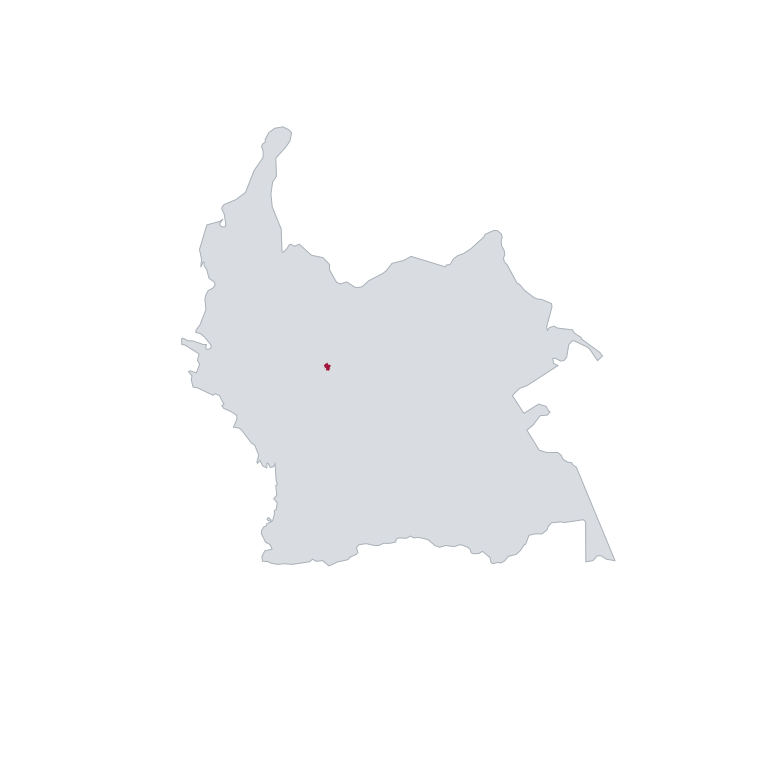 Muzo, Boyacá, Colombia shown in context, rotated 327°
{"feature_id": "7082276B18925314356411", "entity_name": "Muzo", "entity_type": "district", "adm_level": 2, "iso_a3": "COL", "parent_name": "Colombia", "parent_adm1": "Boyacá", "projection": "mercator", "projection_center": [-74.135, 5.519], "detail": "fine", "context": "in_parent", "style": "filled", "palette": "rose", "viewbox_px": 768, "rotation_deg": 327, "n_neighbors": 0, "source": "geoboundaries", "source_scale": "gbopen_adm2", "svg_char_len": 5202}
<svg xmlns="http://www.w3.org/2000/svg" viewBox="0 0 768 768"><g transform="rotate(327 384 384)"><path d="M437.3,129.1L430.2,132.0L416.4,135.6L406.9,151.2L400.5,154.0L392.5,163.3L386.7,174.7L382.2,198.0L370.4,217.7L371.4,218.6L376.1,217.7L380.5,215.6L382.1,216.2L383.7,219.7L389.0,220.5L393.3,236.5L401.5,244.6L402.3,247.7L403.4,254.3L400.5,258.3L399.6,272.9L402.2,276.5L408.3,278.0L412.3,287.0L414.9,289.1L418.6,290.5L427.5,289.1L443.5,290.6L447.3,290.3L456.3,287.2L467.8,291.1L476.2,291.7L499.1,319.0L501.4,318.2L504.3,319.8L510.2,317.0L515.2,316.5L521.7,317.9L530.4,317.9L547.8,315.1L550.4,313.5L559.9,315.1L562.7,317.1L564.1,322.2L563.0,325.3L559.7,328.5L557.8,332.6L557.5,337.5L555.8,341.2L552.7,343.6L551.5,347.0L552.2,351.5L550.5,372.0L551.8,373.7L552.9,382.2L556.8,393.1L558.8,396.2L562.2,398.8L568.3,407.8L566.9,410.8L551.2,424.9L550.4,428.1L553.4,426.8L558.2,428.1L559.9,431.5L571.6,441.3L571.4,445.1L574.7,452.4L574.2,454.1L582.2,475.1L582.5,479.5L575.8,480.7L575.5,466.7L574.6,463.8L567.0,451.3L565.4,450.3L560.3,451.7L551.8,461.0L547.9,462.3L544.7,461.0L541.5,455.5L539.4,454.5L537.4,459.2L540.0,463.3L502.7,463.2L495.4,461.5L485.4,463.6L485.3,484.8L502.9,485.1L507.8,491.2L507.3,496.2L508.1,497.9L503.9,499.0L497.7,495.6L486.7,499.6L478.7,500.6L478.1,524.0L482.9,529.8L492.4,536.1L493.8,540.4L493.1,544.4L495.3,549.4L498.4,552.1L498.4,555.1L500.0,558.5L481.5,658.0L474.9,651.9L472.6,646.4L469.3,644.2L463.1,645.9L456.4,643.1L478.0,609.4L477.3,606.4L459.2,598.1L457.4,596.0L448.8,591.6L444.0,592.9L441.3,595.1L434.8,595.8L429.5,592.2L423.2,589.8L415.6,595.5L413.3,595.4L407.9,597.9L402.1,598.9L394.6,596.3L388.6,598.1L384.3,597.7L382.7,595.9L377.3,593.9L376.7,591.6L378.3,587.5L376.0,579.3L375.1,577.9L371.0,577.8L366.2,574.8L365.2,573.0L366.2,569.7L365.4,566.8L360.7,560.3L354.2,558.6L347.9,553.1L341.7,551.2L338.8,547.3L336.1,538.4L329.6,531.6L325.0,529.2L323.5,526.0L318.8,525.6L312.5,521.1L309.7,520.8L307.7,522.9L301.9,520.7L296.9,517.4L291.7,516.6L288.3,514.5L282.1,508.2L275.5,505.1L271.7,506.2L270.4,510.9L268.2,511.8L260.5,510.6L259.3,511.6L257.3,511.4L248.0,507.9L238.7,506.6L236.4,498.7L230.5,495.8L228.7,492.1L224.6,492.5L208.8,485.3L202.3,480.3L196.7,477.5L190.9,471.9L190.0,469.7L185.5,466.4L187.7,462.2L193.1,459.0L200.2,461.5L201.0,456.6L198.5,452.3L199.7,442.4L201.5,440.2L205.4,438.3L207.8,439.0L209.3,437.4L215.1,438.1L216.8,437.4L221.2,433.5L223.1,430.4L225.1,430.7L229.8,425.4L229.0,420.1L233.4,418.9L238.0,410.2L240.0,410.0L241.1,405.9L249.2,391.5L246.2,393.2L243.1,392.1L243.6,387.3L242.6,386.7L240.0,390.5L237.7,386.7L238.3,380.5L234.7,381.7L234.8,380.3L240.1,375.6L242.3,365.0L240.6,361.2L239.5,345.2L238.6,342.2L234.2,338.2L241.1,333.7L243.5,330.3L240.4,323.2L236.3,317.2L236.2,313.7L238.7,314.0L239.6,304.1L237.3,300.3L234.5,300.3L225.4,285.6L222.2,282.6L224.6,275.6L227.4,272.5L226.8,267.1L228.6,267.4L232.5,272.3L234.1,271.5L240.2,266.9L240.4,262.6L245.3,258.1L238.4,243.1L236.0,240.7L238.8,235.9L240.4,236.2L243.1,240.9L247.4,244.0L253.8,252.3L256.5,254.2L254.5,256.1L254.1,258.1L255.1,259.2L258.7,259.5L260.1,257.1L259.1,246.9L257.6,241.9L254.3,238.2L255.3,236.7L261.8,234.2L275.3,224.5L279.9,215.4L283.5,212.0L287.5,209.9L292.3,210.4L296.1,209.2L297.3,206.3L294.8,200.0L297.7,191.3L297.6,186.8L299.4,184.2L298.8,183.2L293.9,186.3L298.9,180.1L302.5,170.7L322.1,154.1L334.9,158.2L338.9,157.9L333.6,160.0L332.8,162.4L334.7,164.9L336.6,165.6L338.3,164.0L342.6,154.3L343.2,148.9L345.0,147.1L347.8,146.4L360.3,148.7L372.1,147.9L391.5,134.1L406.1,128.1L409.7,122.4L410.6,118.1L413.3,116.5L416.0,116.5L417.7,114.1L424.4,110.4L431.6,110.0L439.2,113.2L442.7,119.0L443.3,122.9L437.3,129.1ZM215.3,436.4L214.4,437.1L212.7,435.8L212.1,434.2L213.2,433.0L214.5,433.4L215.3,436.4Z" fill="#d9dde1" stroke="#a8b0b8" stroke-width="1"/><path d="M348.2,339.5L348.2,339.4L348.0,339.2L347.9,339.0L348.0,339.0L347.9,338.9L347.9,338.7L347.7,338.7L347.8,338.5L347.7,338.5L347.7,338.4L347.4,338.3L347.3,338.2L347.2,338.2L347.3,338.0L347.2,337.9L347.1,337.7L347.0,337.4L346.9,337.3L346.9,337.2L346.7,337.1L346.7,336.9L346.6,336.7L346.8,336.6L346.7,336.5L346.8,336.4L346.7,336.3L346.8,336.3L346.9,336.2L346.7,336.2L346.4,336.0L346.2,336.0L345.9,336.0L345.9,335.9L345.7,335.9L345.7,336.0L345.4,336.2L345.4,336.3L345.2,336.3L344.9,336.3L344.7,336.3L344.4,336.3L344.4,336.5L344.5,336.5L344.4,336.6L344.3,336.9L344.3,337.0L344.5,337.4L344.5,337.5L344.5,337.8L344.4,337.9L344.5,337.9L344.7,338.0L344.8,338.0L345.0,338.2L345.0,338.3L345.3,338.4L345.3,338.5L345.5,338.5L345.4,338.8L345.5,338.9L345.4,338.9L345.4,339.0L345.3,339.3L345.2,339.4L345.2,339.5L344.9,339.7L344.9,339.8L344.8,340.0L344.7,340.1L344.4,340.2L344.3,340.3L344.2,340.3L344.0,340.5L343.9,340.7L344.0,340.7L344.0,340.8L344.3,340.9L344.3,341.0L344.5,341.1L344.7,341.3L344.8,341.3L344.9,341.2L345.0,341.2L345.2,341.3L345.2,341.5L345.3,341.5L345.5,341.7L345.5,341.8L345.7,341.7L345.8,341.5L345.8,341.3L345.8,341.1L345.9,340.9L346.0,340.8L346.0,340.7L345.9,340.5L345.9,340.4L346.0,340.3L346.3,340.4L346.5,340.5L346.5,340.4L346.6,340.2L346.8,340.1L347.0,340.0L347.2,339.9L347.3,339.8L347.3,339.7L347.5,339.6L347.7,339.4L347.8,339.4L347.9,339.5L348.0,339.5L348.2,339.5Z" fill="#f43f5e" stroke="#9f1239" stroke-width="1.5"/></g></svg>